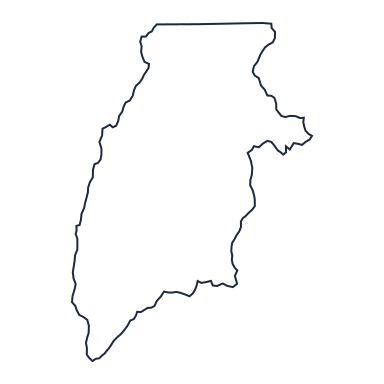 the district of Águas Mornas, Santa Catarina, Brazil
{"feature_id": "56859067B80537926238149", "entity_name": "Águas Mornas", "entity_type": "district", "adm_level": 2, "iso_a3": "BRA", "parent_name": "Brazil", "parent_adm1": "Santa Catarina", "projection": "equal_earth", "projection_center": [-48.93, -27.746], "detail": "fine", "context": "isolated", "style": "outline", "palette": "slate", "viewbox_px": 384, "rotation_deg": 0, "n_neighbors": 0, "source": "geoboundaries", "source_scale": "gbopen_adm2", "svg_char_len": 2486}
<svg xmlns="http://www.w3.org/2000/svg" viewBox="0 0 384 384"><path d="M271.3,23.7L262.5,23.0L243.3,23.3L224.1,23.7L197.5,24.2L160.3,24.4L156.8,24.4L153.8,27.7L151.8,31.4L148.7,32.9L145.8,36.6L141.6,36.6L140.2,41.7L141.6,46.1L141.1,51.8L142.3,56.4L144.5,61.9L149.0,63.9L148.5,68.0L146.3,71.5L143.9,74.9L142.3,78.6L139.6,82.5L135.8,86.0L134.0,90.3L132.8,95.7L129.8,100.5L125.7,102.5L123.7,106.5L122.2,111.7L119.1,116.1L118.2,121.0L116.1,125.8L112.7,127.3L109.9,124.7L105.8,127.1L102.5,128.7L102.1,135.6L99.4,141.9L101.4,148.4L101.4,154.9L100.5,159.6L98.0,162.9L94.5,164.2L93.0,169.6L92.8,177.3L89.8,182.4L88.1,187.7L87.9,192.3L86.5,197.8L85.0,203.3L84.2,207.9L81.5,213.9L80.9,219.9L79.6,225.0L76.4,225.9L76.6,230.3L75.7,234.0L77.3,238.6L77.4,243.4L77.3,249.5L75.1,255.3L74.5,261.8L73.6,267.4L72.8,272.3L73.6,278.5L75.7,284.2L74.6,289.3L72.5,296.3L72.0,302.2L75.3,305.9L76.8,310.5L79.3,314.9L83.2,316.9L87.3,319.9L88.9,325.9L88.6,333.2L87.1,337.7L86.0,343.0L86.9,348.1L86.8,354.6L89.3,358.0L92.4,361.0L95.8,358.8L99.3,358.3L101.8,355.7L104.4,353.7L106.8,350.7L109.2,347.9L111.4,344.6L113.6,341.0L116.6,337.8L120.8,334.2L123.5,331.1L127.4,325.9L130.2,320.6L133.8,319.1L135.9,315.6L137.2,311.8L140.8,312.1L144.4,309.9L147.6,307.9L151.3,307.7L154.5,305.9L156.8,300.9L160.7,296.7L164.0,291.6L168.4,292.5L172.2,292.6L176.4,291.9L180.3,292.8L185.5,294.6L189.4,296.3L192.7,293.6L195.0,289.9L196.5,286.0L197.7,281.0L201.4,282.9L206.0,282.1L210.9,280.9L212.8,285.5L217.0,286.0L222.7,283.5L227.3,285.9L232.9,287.1L237.1,283.8L234.9,275.9L237.3,270.4L234.7,267.7L232.6,263.8L231.8,259.8L232.3,255.7L231.3,251.1L231.5,247.1L232.1,243.0L234.4,239.4L236.4,235.5L239.3,231.3L241.0,226.9L240.9,221.5L242.8,218.2L245.5,216.2L248.3,213.2L251.8,210.1L254.8,206.2L254.8,200.2L254.2,195.8L252.5,189.9L250.2,185.2L250.4,180.0L251.9,174.4L252.3,167.7L250.8,160.7L247.7,152.8L251.8,150.0L254.0,146.2L258.8,147.3L263.2,143.4L267.3,140.9L271.3,141.9L274.2,145.4L277.8,150.4L280.7,152.3L283.2,154.6L286.0,152.3L286.0,146.4L289.8,149.5L293.7,143.1L298.0,143.8L302.0,144.9L305.7,141.8L309.5,139.6L312.0,135.9L308.5,133.9L305.6,130.8L304.1,126.2L303.3,122.0L303.8,117.7L300.3,118.1L295.4,116.1L289.6,115.9L285.4,117.1L281.3,115.9L276.3,109.5L276.2,103.6L274.4,97.9L271.2,95.8L267.3,95.5L264.8,89.8L260.9,85.4L258.8,78.1L254.8,75.6L252.7,71.8L253.9,66.3L257.5,61.7L260.4,54.6L263.2,50.1L265.2,47.2L268.6,44.6L272.7,42.4L274.9,38.0L275.1,32.0L271.7,28.1L271.3,23.7Z" fill="none" stroke="#1e293b" stroke-width="2"/></svg>